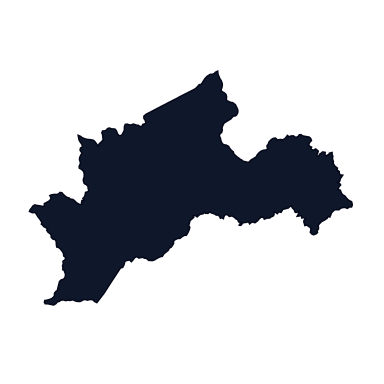 the district of Campo Largo, Paraná, Brazil, rotated 94°
{"feature_id": "56859067B88881435376301", "entity_name": "Campo Largo", "entity_type": "district", "adm_level": 2, "iso_a3": "BRA", "parent_name": "Brazil", "parent_adm1": "Paraná", "projection": "albers", "projection_center": [-49.618, -25.266], "detail": "fine", "context": "isolated", "style": "filled", "palette": "ink", "viewbox_px": 384, "rotation_deg": 94, "n_neighbors": 0, "source": "geoboundaries", "source_scale": "gbopen_adm2", "svg_char_len": 6021}
<svg xmlns="http://www.w3.org/2000/svg" viewBox="0 0 384 384"><g transform="rotate(94 192 192)"><path d="M313.7,330.7L313.6,327.8L314.4,322.1L312.9,320.0L311.0,318.7L310.4,316.7L309.2,315.5L308.6,312.8L309.2,310.4L308.6,308.4L308.7,306.3L307.8,303.4L308.5,301.7L309.1,299.5L309.1,296.2L308.1,294.3L306.8,292.4L306.8,290.4L307.2,288.8L306.4,286.4L306.3,283.7L308.0,281.6L309.0,279.2L298.8,272.5L287.8,266.5L272.7,258.0L272.1,256.0L269.9,254.9L268.1,254.5L265.7,254.1L264.7,251.6L264.1,249.5L265.8,247.7L264.3,246.4L261.6,244.7L260.3,242.7L261.6,240.4L260.6,237.1L261.3,234.8L261.5,232.6L263.2,230.6L263.2,226.8L262.5,224.9L261.2,223.0L260.1,221.5L258.9,219.3L258.2,217.1L256.6,216.2L255.3,215.5L253.9,213.8L251.8,211.6L249.6,210.7L248.4,208.8L244.8,206.8L242.9,207.0L241.4,206.5L239.4,203.2L239.1,200.7L237.4,199.0L235.7,196.5L235.6,194.7L233.2,193.4L229.7,192.1L227.2,191.8L225.7,193.1L223.8,192.5L220.6,192.0L219.0,190.2L217.2,188.5L215.6,189.2L215.3,186.9L216.5,185.1L215.0,183.8L213.6,182.2L213.0,179.5L211.6,178.4L212.3,177.0L212.2,174.5L210.6,173.0L211.5,171.3L212.3,168.0L213.4,166.1L213.0,164.5L214.5,162.7L216.2,161.9L215.6,160.4L216.4,158.8L214.7,158.6L212.6,157.6L212.0,155.5L213.8,152.9L213.0,150.5L214.3,147.9L215.7,146.3L216.3,144.5L218.6,143.4L218.8,141.2L221.8,142.6L221.9,141.0L219.1,138.9L218.4,135.2L217.5,133.7L219.8,132.3L218.5,131.0L217.6,129.5L218.3,127.1L216.5,124.9L214.1,123.1L212.2,121.3L212.5,118.6L214.1,118.0L212.7,115.2L212.6,112.8L211.2,111.2L210.5,109.6L209.1,108.6L206.1,108.8L206.7,106.9L207.7,105.4L205.7,104.0L206.1,101.8L204.5,100.9L203.0,100.3L202.0,97.1L201.1,94.6L199.9,93.6L198.8,92.1L200.9,90.7L202.4,88.9L205.1,87.6L205.0,85.9L203.9,84.1L205.9,84.1L208.9,85.4L208.5,83.7L207.9,81.1L210.3,80.6L209.8,78.5L210.5,76.9L212.5,78.3L214.0,78.4L216.0,77.6L217.6,77.1L217.0,75.2L217.9,73.7L219.1,71.5L221.0,70.7L223.9,71.2L225.5,69.6L226.2,67.8L225.1,65.3L223.7,64.0L221.8,64.5L220.2,63.3L218.6,63.3L217.0,63.9L215.3,63.1L212.7,60.9L211.8,59.6L210.5,57.5L208.6,55.2L206.8,54.6L207.4,52.8L205.3,52.0L203.3,51.5L201.5,50.1L199.9,48.6L199.6,46.9L199.5,44.2L197.9,42.7L197.1,40.7L196.7,38.3L197.5,35.8L195.9,33.9L195.8,31.8L194.0,31.2L192.3,31.5L190.5,32.2L189.6,34.6L188.7,35.9L187.2,37.6L185.4,39.1L184.3,41.4L183.0,42.7L179.8,44.2L179.4,46.7L176.2,45.5L174.6,44.2L173.1,45.4L172.3,47.2L170.9,45.4L168.5,45.0L164.7,42.8L164.6,45.3L163.2,46.4L161.2,46.6L160.1,48.8L158.0,48.6L156.3,51.2L153.6,53.2L151.6,53.1L149.1,54.2L146.3,54.0L144.8,54.9L142.8,55.0L143.7,57.7L145.1,58.2L145.8,59.8L147.0,60.6L145.4,62.1L143.2,61.8L142.9,64.5L144.1,65.6L145.0,67.0L147.7,68.4L146.8,70.2L145.0,69.5L142.4,68.9L140.4,71.6L141.8,73.8L141.1,76.4L138.9,75.8L138.3,77.7L136.9,78.8L135.5,78.6L134.0,77.8L132.3,76.4L130.2,77.4L129.0,79.0L128.7,82.2L128.3,85.5L127.2,87.3L127.4,89.0L128.8,89.6L130.1,91.5L130.0,93.1L128.9,94.7L129.1,96.9L130.1,99.1L128.9,100.8L130.7,101.9L132.2,103.0L133.6,105.1L133.4,107.5L134.1,110.4L132.4,112.4L132.8,114.7L134.3,116.7L136.7,118.7L139.0,119.3L140.7,120.5L142.1,120.1L143.6,119.5L144.8,120.8L145.4,123.8L146.7,126.3L148.8,128.4L150.4,129.5L152.5,130.5L154.6,133.3L155.7,135.1L157.3,136.5L158.5,137.4L158.4,139.1L157.6,143.6L156.4,144.9L155.9,146.4L154.6,148.1L153.8,149.6L152.7,150.9L151.3,152.8L149.1,153.6L147.6,155.7L145.6,157.6L143.9,158.7L142.8,161.2L142.7,163.1L141.8,165.1L139.2,166.6L136.1,167.5L134.6,168.5L132.7,168.6L130.3,166.5L127.9,166.1L125.9,166.6L123.7,166.0L120.9,164.7L116.4,158.4L115.1,157.5L113.4,156.0L113.0,153.8L111.7,152.7L109.7,151.9L107.5,151.9L105.9,152.5L101.9,154.8L100.0,157.7L99.9,159.7L99.3,161.3L98.6,163.4L97.0,164.3L94.6,164.1L92.3,164.9L91.0,166.4L89.4,169.7L87.8,170.0L85.0,169.3L83.3,169.2L81.6,169.4L78.6,170.8L77.5,171.8L74.3,173.5L72.5,174.3L69.6,174.8L70.9,177.0L72.3,178.1L73.1,179.6L73.3,181.9L75.5,185.0L77.8,186.9L81.0,188.7L82.7,189.5L84.1,190.5L84.4,192.3L85.8,193.3L87.9,195.0L89.4,196.8L95.9,207.7L98.4,211.8L99.5,213.4L102.1,217.8L103.5,220.0L104.2,221.4L105.5,223.3L108.9,229.0L110.0,230.7L111.4,233.1L112.5,234.8L115.1,239.0L117.6,243.2L119.7,245.3L122.0,245.1L123.5,243.8L126.7,242.7L128.1,245.9L130.3,246.6L130.2,248.6L129.2,250.2L129.2,251.9L128.3,255.2L129.5,257.8L129.3,259.5L128.8,261.2L129.2,263.3L131.4,264.0L135.1,263.8L139.5,265.6L140.7,266.7L140.8,268.9L138.9,270.5L136.2,271.7L134.6,273.2L134.6,276.5L133.9,279.1L134.8,280.8L136.9,282.4L137.4,285.5L139.3,286.1L140.8,285.3L145.9,284.3L148.0,285.6L150.1,287.7L152.6,289.1L150.3,290.9L148.4,292.5L147.3,293.9L146.9,296.3L146.8,300.6L146.2,303.0L145.5,305.4L144.4,306.7L143.4,309.5L147.5,308.5L149.0,307.7L152.8,304.7L154.9,304.7L155.9,306.3L158.1,306.6L159.6,305.5L160.7,304.3L162.4,305.3L165.6,306.5L167.6,306.5L170.7,305.3L172.3,305.6L174.2,306.4L176.1,306.1L177.1,303.8L179.1,301.5L181.5,300.8L184.2,300.6L187.2,301.3L188.9,301.0L191.1,300.1L192.1,297.8L193.7,296.1L195.7,295.9L197.9,294.9L199.3,296.6L199.8,298.2L202.4,298.4L204.8,299.2L206.0,300.4L207.6,299.0L208.2,301.2L210.3,301.5L211.9,300.9L212.3,303.2L211.2,305.6L210.0,307.4L208.9,308.5L207.7,310.4L207.6,312.9L206.5,314.1L206.2,316.0L205.3,317.7L203.3,320.3L201.8,321.7L201.6,323.6L203.3,325.1L203.9,326.8L204.0,329.0L204.4,331.2L205.4,333.6L207.9,332.1L209.9,333.0L211.2,334.2L213.9,338.5L216.4,338.3L216.8,340.0L216.4,342.8L216.2,345.7L215.8,348.0L217.2,349.8L219.1,350.9L220.7,352.1L222.7,352.8L223.8,349.9L223.4,347.2L224.7,345.9L228.0,343.5L230.2,341.5L233.1,339.5L234.5,340.1L235.6,338.5L236.9,337.5L237.5,335.9L238.7,333.6L240.2,334.3L242.4,332.6L243.3,330.8L244.9,329.4L246.7,329.4L248.5,327.8L249.3,324.7L251.6,323.9L254.3,323.6L256.4,323.0L256.7,321.1L258.0,319.3L259.6,317.9L261.0,316.7L262.4,315.9L264.8,315.5L266.3,313.4L268.4,313.9L270.1,315.9L272.4,315.4L274.8,316.0L276.8,315.4L278.5,315.6L279.0,314.0L280.4,313.6L282.5,312.5L285.4,312.5L287.8,313.8L288.9,316.5L290.5,317.9L295.3,318.8L299.6,319.5L300.9,321.0L302.5,322.1L305.3,322.0L306.8,323.1L308.2,324.6L309.2,326.8L310.1,329.4L310.5,331.3L312.2,331.6L313.7,330.7Z" fill="#0f172a" stroke="#020617" stroke-width="1.5"/></g></svg>